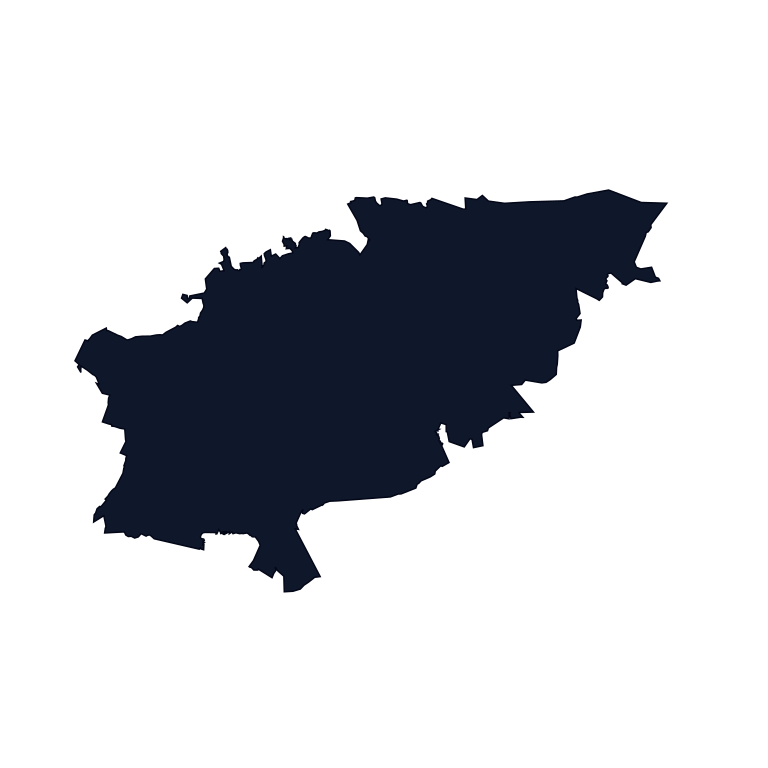 the district of Villaflores, Chiapas, Mexico, rotated 170°
{"feature_id": "50627088B76304194076564", "entity_name": "Villaflores", "entity_type": "district", "adm_level": 2, "iso_a3": "MEX", "parent_name": "Mexico", "parent_adm1": "Chiapas", "projection": "orthographic", "projection_center": [-93.329, 16.375], "detail": "fine", "context": "isolated", "style": "filled", "palette": "ink", "viewbox_px": 768, "rotation_deg": 170, "n_neighbors": 0, "source": "geoboundaries", "source_scale": "gbopen_adm2", "svg_char_len": 6149}
<svg xmlns="http://www.w3.org/2000/svg" viewBox="0 0 768 768"><g transform="rotate(170 384 384)"><path d="M644.7,275.5L643.9,275.9L641.3,276.2L639.8,274.9L637.2,271.5L594.8,253.5L594.8,254.0L593.2,254.4L593.0,253.4L590.4,252.1L589.3,257.0L591.1,257.0L590.2,257.3L589.4,258.3L589.6,258.5L588.4,259.2L589.8,260.0L589.4,261.0L588.6,260.9L588.1,261.3L588.5,262.6L591.2,263.6L591.3,265.5L590.2,267.4L588.4,268.9L585.9,268.9L575.0,266.8L575.5,265.5L574.7,265.4L572.0,269.2L570.8,266.6L570.8,265.1L569.3,265.1L568.9,266.5L567.9,266.4L568.4,263.9L567.2,263.6L566.8,266.1L565.2,266.2L565.7,264.2L564.4,264.5L564.1,265.5L562.7,264.7L561.9,265.3L562.4,263.4L559.4,264.7L558.7,262.8L555.7,263.2L552.2,261.7L549.7,261.5L548.9,261.1L545.1,261.1L543.7,260.2L542.2,258.2L541.1,257.7L540.3,256.4L537.3,255.8L534.8,250.8L533.9,246.7L543.2,232.8L548.6,227.6L547.9,226.9L546.4,226.3L544.5,223.4L540.6,222.7L540.0,223.6L527.9,212.7L525.4,216.7L522.8,219.3L523.0,222.6L521.0,218.4L516.0,212.1L518.3,196.7L509.6,195.7L502.0,196.6L497.7,199.8L492.7,202.0L485.8,205.7L480.3,205.4L496.6,256.7L493.5,255.7L494.6,259.6L494.4,261.1L494.8,262.1L488.4,271.6L486.2,274.0L485.7,273.9L486.8,271.9L486.7,270.8L484.8,269.9L477.7,273.8L476.5,272.7L465.8,275.7L465.6,275.4L464.6,276.0L463.6,277.1L457.8,278.0L449.4,276.9L397.3,271.7L389.1,273.2L386.3,272.8L370.7,276.0L368.8,279.6L367.1,280.1L364.3,282.2L354.3,284.6L349.6,286.6L348.7,289.3L342.4,293.6L340.9,292.8L333.6,295.4L338.2,314.1L337.1,314.0L336.6,315.1L337.3,315.9L338.8,316.0L338.4,317.8L339.8,318.8L339.0,320.7L339.3,323.2L340.3,324.0L339.7,324.4L340.2,324.7L339.6,325.3L341.0,325.7L340.7,326.8L341.4,327.3L341.2,327.9L341.8,328.2L340.9,329.0L339.2,328.5L339.3,329.2L337.6,329.8L338.6,330.1L334.8,335.8L329.8,333.2L331.0,326.3L330.0,325.9L329.8,316.0L315.9,308.1L308.9,315.1L306.9,314.2L306.9,305.8L297.3,306.1L296.7,317.1L295.8,319.3L290.2,320.0L288.9,322.6L272.1,329.9L266.9,328.0L266.0,334.0L265.1,333.8L265.5,333.5L265.1,327.8L255.7,327.6L253.0,327.1L255.7,331.4L255.9,332.5L241.7,330.4L258.9,360.6L248.5,359.6L244.2,363.3L228.4,357.7L224.1,357.5L219.5,359.5L212.7,363.5L211.2,370.2L209.9,373.5L207.9,381.8L207.2,386.5L189.6,391.3L180.8,406.0L178.7,412.8L182.9,413.2L183.4,415.1L178.7,419.3L178.5,428.6L179.1,431.0L178.7,432.6L179.1,435.1L178.3,444.7L159.8,431.1L157.5,429.0L153.7,431.8L152.8,435.9L150.8,439.3L148.8,439.9L147.8,439.4L146.6,439.7L146.5,440.6L147.0,442.7L148.3,444.4L146.5,446.9L147.1,447.7L147.2,449.4L144.8,451.1L144.6,452.0L145.1,453.1L144.0,453.8L141.1,453.8L131.5,442.0L132.0,441.4L128.4,439.3L118.2,444.1L103.6,437.7L96.6,437.9L94.4,437.7L95.3,440.4L98.2,442.1L100.2,452.5L111.1,452.7L115.2,455.1L116.4,460.9L101.0,484.1L99.5,487.7L97.4,488.0L93.8,491.6L93.6,494.6L74.1,512.9L99.2,518.1L129.1,536.0L150.9,535.9L161.3,534.5L163.4,535.0L175.0,533.1L208.9,538.1L233.9,541.0L249.4,546.0L254.4,552.6L260.4,549.5L271.8,553.1L273.1,542.1L275.6,542.4L304.6,558.5L305.9,557.4L309.3,556.5L309.5,555.0L310.8,554.0L310.4,552.4L310.9,550.7L311.5,550.3L312.4,550.5L314.3,551.6L315.3,552.7L316.3,555.9L317.1,556.5L326.8,556.0L329.5,557.5L329.3,560.7L329.6,561.0L333.0,560.8L339.2,563.8L350.4,567.1L354.7,566.7L354.7,561.7L355.5,560.8L356.7,560.4L357.7,560.8L359.9,563.7L360.7,565.7L360.8,569.1L361.6,569.9L368.1,569.9L378.6,572.3L379.9,572.3L380.8,570.1L382.3,569.6L385.1,569.5L384.8,568.4L388.5,567.5L382.1,549.8L380.6,539.0L378.3,536.1L376.8,532.9L375.2,532.2L373.1,528.6L373.5,527.8L374.4,529.0L376.3,524.2L385.3,515.3L386.1,518.0L393.4,528.4L398.0,531.7L414.5,535.9L411.1,539.2L410.6,543.5L410.6,544.4L411.0,544.9L412.6,544.9L413.2,545.7L414.7,546.4L415.0,545.8L416.0,545.4L418.4,545.0L421.7,545.1L423.7,544.3L426.9,545.1L428.0,544.9L430.6,540.5L432.9,540.8L435.7,542.9L436.6,542.9L438.7,541.8L442.9,538.1L443.2,537.6L442.9,536.8L444.8,533.4L445.5,533.3L447.7,533.5L446.6,535.3L447.1,536.9L446.9,537.8L449.4,540.6L449.8,542.9L451.6,542.7L450.8,544.0L452.9,544.0L453.5,543.8L453.5,543.4L454.4,543.2L454.7,544.1L456.3,544.3L457.2,545.0L457.1,546.1L457.4,546.4L457.6,545.2L459.2,542.2L458.1,538.9L458.4,537.1L455.9,537.0L456.6,534.6L455.8,535.0L456.4,534.2L453.1,533.9L451.2,531.1L451.1,528.9L455.7,528.8L461.8,527.9L464.7,525.6L468.1,530.8L472.8,529.5L472.6,536.0L477.3,534.5L479.3,533.2L479.4,531.4L478.7,527.6L478.7,525.2L481.0,523.9L481.4,522.3L483.7,520.2L482.7,531.3L485.4,529.5L486.3,530.2L487.3,528.9L490.5,527.8L491.7,526.4L501.9,527.8L504.6,527.7L504.8,525.7L504.4,522.4L505.1,521.7L506.0,521.8L506.7,520.9L507.5,520.9L508.6,522.0L510.0,522.0L511.7,523.0L514.0,526.4L514.3,535.7L515.5,536.5L516.0,538.3L515.9,539.6L515.0,540.4L514.8,542.7L515.2,544.1L515.9,544.4L516.2,545.8L521.8,543.0L521.4,541.5L521.6,540.7L519.7,537.7L519.9,534.1L520.8,532.5L525.1,531.6L523.2,530.1L521.8,523.4L526.0,523.4L526.7,526.7L531.0,527.2L541.7,518.5L542.1,508.3L545.2,504.8L560.0,504.4L561.1,502.1L562.7,502.2L562.5,505.4L566.5,507.2L568.5,503.7L563.7,498.1L557.9,501.9L548.2,499.8L548.1,494.9L547.7,493.1L548.2,490.8L549.8,488.3L552.4,485.7L553.4,483.0L555.0,481.6L555.2,480.5L556.9,477.2L562.1,478.7L563.8,479.7L569.6,478.5L572.6,476.9L575.1,476.1L577.1,477.5L579.3,476.1L589.6,472.8L593.6,470.7L596.0,471.4L599.8,471.8L605.9,471.7L613.5,473.0L620.5,473.6L624.8,472.4L628.4,471.9L629.6,472.1L634.5,476.4L638.0,478.4L645.9,484.1L647.8,484.9L647.8,487.3L662.7,482.8L666.0,479.6L667.6,478.5L667.9,477.8L670.8,479.3L684.3,460.5L680.8,456.1L682.8,454.1L680.5,448.0L680.2,450.6L679.2,454.2L673.8,449.2L669.1,443.9L667.4,442.7L666.1,440.8L664.6,433.7L664.1,432.9L667.1,434.7L663.0,423.8L655.9,420.7L657.7,417.9L658.9,413.3L658.9,411.8L659.6,410.2L667.9,395.6L661.7,392.3L659.4,391.4L659.4,389.8L656.5,388.9L651.5,386.2L647.1,384.7L648.2,373.9L648.0,372.4L655.7,361.9L649.9,358.2L651.3,355.1L651.5,353.6L654.3,348.7L653.6,348.4L654.9,346.1L656.6,341.4L666.6,328.3L669.0,327.3L671.0,325.9L673.4,323.8L675.5,321.4L678.6,319.1L677.6,317.8L684.0,312.3L685.3,312.8L688.2,311.0L690.4,307.0L692.1,305.5L693.9,298.5L682.8,303.0L682.5,292.1L683.6,290.1L685.0,285.8L666.6,283.6L665.3,283.1L664.5,280.1L662.3,278.2L659.3,277.9L656.3,275.6L652.5,276.1L649.2,278.8L644.7,275.5Z" fill="#0f172a" stroke="#020617" stroke-width="1.5"/></g></svg>